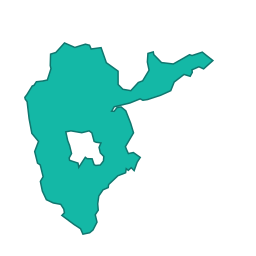 Kollo, Tillabéri, Niger, rotated 259°
{"feature_id": "23599985B29201413246391", "entity_name": "Kollo", "entity_type": "district", "adm_level": 2, "iso_a3": "NER", "parent_name": "Niger", "parent_adm1": "Tillabéri", "projection": "orthographic", "projection_center": [2.24, 13.192], "detail": "fine", "context": "isolated", "style": "filled", "palette": "teal", "viewbox_px": 256, "rotation_deg": 259, "n_neighbors": 0, "source": "geoboundaries", "source_scale": "gbopen_adm2", "svg_char_len": 1623}
<svg xmlns="http://www.w3.org/2000/svg" viewBox="0 0 256 256"><g transform="rotate(259 128 128)"><path d="M54.8,46.4L43.4,56.8L38.2,62.2L32.4,63.5L32.5,70.4L34.6,74.2L41.5,79.6L49.1,79.3L53.0,83.1L59.4,83.8L66.9,86.4L72.1,91.7L73.3,97.2L76.2,98.2L83.1,109.0L84.5,117.1L88.4,118.5L86.4,120.2L88.4,123.6L85.0,125.9L92.6,130.4L96.8,134.4L102.9,128.6L102.8,123.5L106.8,122.5L110.2,121.9L122.2,132.5L132.2,131.5L145.3,129.1L150.0,125.2L150.1,121.1L147.0,117.6L147.6,115.1L151.5,118.5L152.2,134.7L154.3,145.5L152.4,147.9L152.2,152.7L153.9,166.2L156.5,177.1L164.3,182.1L169.9,193.2L166.9,198.9L170.3,201.7L172.9,201.9L174.6,209.3L171.6,213.5L178.0,224.2L183.9,219.1L188.3,215.4L188.1,213.9L186.9,204.7L188.2,202.4L182.2,184.7L184.7,176.9L185.8,173.4L195.1,167.3L197.9,167.3L197.4,161.8L189.1,159.6L180.7,159.7L171.5,151.4L170.7,146.8L164.1,137.9L167.0,130.3L172.6,126.6L185.7,129.1L196.2,119.2L212.0,116.9L212.6,106.9L216.6,106.0L218.4,102.2L217.9,97.3L217.2,91.2L223.6,81.9L215.9,71.6L215.3,66.1L204.1,63.6L200.9,63.7L190.5,58.0L190.4,53.2L190.9,46.9L187.8,43.8L187.5,42.0L180.0,35.1L177.8,32.6L176.0,32.6L173.1,34.0L156.0,32.7L141.1,32.6L131.9,37.6L122.7,31.9L110.8,32.5L108.5,34.8L96.4,35.4L92.3,31.8L89.3,31.8L82.4,31.9L73.2,34.2L68.7,40.3L65.9,47.4L60.7,49.5L56.9,49.4L54.8,46.4ZM98.8,72.2L103.1,72.2L107.4,64.5L109.8,64.5L113.7,67.7L121.9,67.3L127.1,66.4L136.1,66.2L136.1,71.4L132.2,81.7L132.6,89.3L130.1,91.6L121.3,92.2L120.1,94.0L118.5,98.6L114.5,95.9L108.9,96.1L104.7,98.8L100.3,97.6L96.9,93.7L97.4,89.1L98.5,87.7L104.6,86.9L105.7,82.0L107.4,80.5L98.8,72.2Z" fill="#14b8a6" stroke="#0f766e" stroke-width="1.5"/></g></svg>